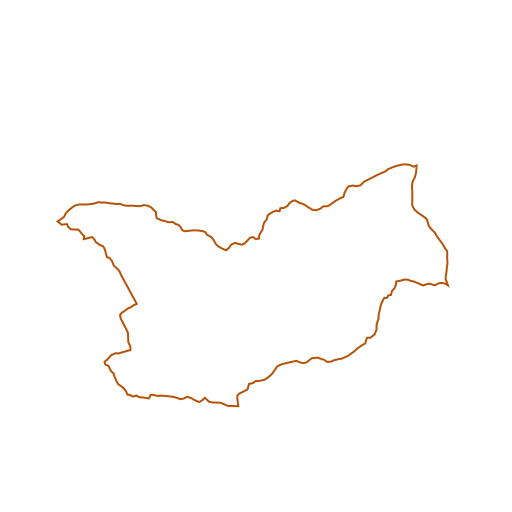 Penápolis, São Paulo, Brazil, rotated 61°
{"feature_id": "56859067B20173469522033", "entity_name": "Penápolis", "entity_type": "district", "adm_level": 2, "iso_a3": "BRA", "parent_name": "Brazil", "parent_adm1": "São Paulo", "projection": "albers", "projection_center": [-50.11, -21.392], "detail": "fine", "context": "isolated", "style": "outline", "palette": "amber", "viewbox_px": 512, "rotation_deg": 61, "n_neighbors": 0, "source": "geoboundaries", "source_scale": "gbopen_adm2", "svg_char_len": 3680}
<svg xmlns="http://www.w3.org/2000/svg" viewBox="0 0 512 512"><g transform="rotate(61 256 256)"><path d="M315.0,435.6L316.7,433.3L319.2,432.0L320.1,428.3L323.1,426.4L324.4,424.1L328.6,418.8L326.4,415.4L327.7,413.1L330.6,410.1L332.4,406.2L334.7,403.0L336.3,400.5L339.3,396.3L344.7,391.3L345.6,388.3L345.8,384.4L348.9,381.5L351.7,380.0L356.2,376.5L356.1,372.8L355.2,369.5L360.7,367.7L362.8,365.4L364.5,362.6L367.1,358.2L373.5,353.2L378.8,344.3L371.1,341.2L368.9,339.8L368.2,337.1L368.4,334.2L368.6,328.1L364.5,324.1L365.7,320.1L365.2,317.1L367.0,313.1L368.4,308.7L368.1,305.0L367.7,302.2L366.6,298.5L364.6,294.5L362.8,290.9L363.1,286.0L367.2,271.6L370.6,268.9L372.8,266.3L373.5,263.4L372.5,256.8L374.7,251.5L380.0,246.6L382.8,245.4L384.7,242.1L385.0,238.1L386.3,233.6L387.3,230.9L387.8,226.8L387.9,223.0L387.3,218.9L387.0,216.1L386.1,212.8L385.5,207.5L385.4,202.7L383.0,200.6L381.4,198.6L382.9,195.6L382.5,192.9L382.0,190.2L378.8,186.2L374.9,184.1L372.7,182.0L370.3,179.3L367.0,177.3L362.5,173.3L358.5,169.7L356.5,166.8L354.9,164.3L356.1,161.5L354.6,159.4L355.5,156.8L352.8,154.4L351.1,150.2L349.1,147.7L346.3,145.7L347.6,141.7L348.7,137.2L350.6,134.5L353.0,132.5L354.8,130.3L362.8,124.1L363.5,120.1L364.5,117.3L366.5,115.7L368.4,113.5L368.4,109.3L370.0,106.0L372.2,103.7L374.7,102.4L368.0,101.3L365.1,99.4L362.9,97.6L358.0,94.2L355.6,92.3L349.9,89.5L347.4,88.0L344.2,86.4L341.0,87.0L336.0,87.0L326.6,88.2L322.3,88.3L317.9,89.5L313.7,90.3L310.2,89.6L306.7,88.8L303.3,90.0L300.4,91.5L297.0,93.2L292.0,95.0L287.1,94.7L279.2,90.1L275.1,87.9L270.9,85.9L268.1,84.0L266.3,82.2L264.3,79.1L260.9,75.7L254.7,71.6L254.2,75.0L251.3,77.0L249.5,79.0L247.8,81.8L246.7,84.3L245.5,88.8L244.9,91.6L244.4,95.5L244.1,98.5L244.7,102.0L244.0,109.3L243.4,125.3L244.8,130.4L243.7,134.4L241.4,137.0L239.9,141.7L241.8,145.2L243.5,147.7L246.7,150.9L246.3,154.3L246.3,159.4L246.7,163.2L247.0,165.9L247.3,168.8L245.2,173.1L245.8,176.6L245.2,181.1L242.9,184.3L238.3,186.9L235.0,188.5L232.8,190.0L230.9,192.1L228.2,193.7L226.0,195.2L225.6,197.9L226.0,201.3L227.5,204.3L227.5,208.3L226.0,211.5L228.3,213.7L225.9,216.7L225.6,221.4L226.0,225.9L229.2,228.9L230.9,232.9L233.5,235.5L236.1,237.4L237.6,240.4L239.7,243.4L242.2,245.1L241.0,248.0L238.1,249.3L237.1,252.2L238.4,256.3L239.5,259.7L239.3,262.7L237.2,265.1L234.3,268.0L234.1,272.4L235.8,275.6L236.5,279.4L233.0,282.0L229.8,284.1L226.4,285.3L222.0,285.3L218.8,285.6L216.1,286.9L213.9,288.5L210.3,288.8L208.2,290.9L205.7,294.1L203.0,298.7L200.8,303.9L199.6,306.7L197.1,308.1L194.0,307.9L191.2,308.7L188.9,310.9L185.8,312.4L184.0,316.3L181.3,318.7L179.1,321.3L174.7,324.5L171.3,323.5L169.1,322.2L166.2,323.1L162.7,324.1L159.7,326.1L157.1,329.4L156.2,333.3L154.0,336.9L151.8,340.1L149.7,344.2L147.2,347.5L144.5,349.6L143.1,352.5L140.6,356.0L138.5,359.0L136.0,362.1L134.2,365.6L132.5,367.8L131.6,372.2L130.2,376.1L128.5,379.8L126.9,382.7L125.6,384.9L124.6,387.4L124.1,390.4L124.4,393.1L125.0,396.8L126.1,401.0L128.8,405.2L129.2,408.9L129.6,412.7L134.3,410.9L136.5,405.9L139.2,406.2L142.9,405.0L144.8,401.9L146.9,398.5L151.9,397.5L155.6,396.7L157.8,398.5L160.0,390.2L162.7,389.3L166.0,389.4L170.4,387.3L173.5,385.0L177.3,385.0L180.8,386.0L184.7,386.9L187.0,385.0L190.6,384.4L195.4,385.0L199.4,383.7L202.9,382.8L206.7,383.2L240.1,383.5L239.7,387.5L240.1,390.2L239.8,393.1L240.2,396.7L240.6,400.6L241.5,403.4L244.8,404.6L260.6,405.1L266.1,407.7L269.5,409.5L274.1,409.7L277.5,411.5L276.6,414.2L275.9,417.7L275.1,420.8L274.6,423.4L272.9,426.1L272.5,430.7L274.5,436.3L275.1,439.8L277.9,440.4L280.6,438.3L283.5,438.5L286.8,438.6L289.6,437.5L293.3,438.3L297.4,438.7L301.1,438.7L307.0,435.9L311.2,435.3L315.0,435.6Z" fill="none" stroke="#b45309" stroke-width="2"/></g></svg>